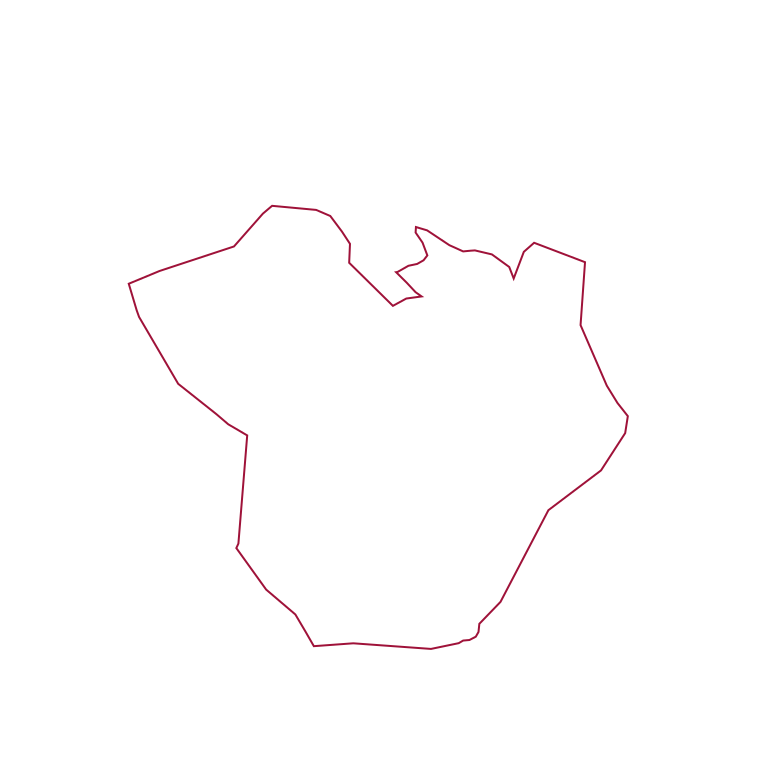 Mbo, Akwa Ibom, Nigeria, rotated 47°
{"feature_id": "59680162B50421987640425", "entity_name": "Mbo", "entity_type": "district", "adm_level": 2, "iso_a3": "NGA", "parent_name": "Nigeria", "parent_adm1": "Akwa Ibom", "projection": "mercator", "projection_center": [8.239, 4.651], "detail": "fine", "context": "isolated", "style": "outline", "palette": "rose", "viewbox_px": 768, "rotation_deg": 47, "n_neighbors": 0, "source": "geoboundaries", "source_scale": "gbopen_adm2", "svg_char_len": 957}
<svg xmlns="http://www.w3.org/2000/svg" viewBox="0 0 768 768"><g transform="rotate(47 384 384)"><path d="M291.0,253.6L294.8,257.6L306.9,259.4L319.5,264.6L320.5,270.7L318.8,277.9L314.2,285.5L311.3,297.7L310.5,298.9L325.4,298.3L338.4,298.3L345.6,296.8L336.7,309.4L332.9,324.2L271.6,326.8L258.3,313.3L243.8,310.8L224.5,308.7L210.4,314.9L177.4,344.3L177.3,345.6L176.8,356.4L181.1,399.9L148.3,471.0L136.6,502.3L161.4,514.6L167.9,517.4L243.5,534.4L292.1,527.1L307.2,525.4L328.3,519.1L401.4,599.3L403.3,603.9L454.0,610.4L492.1,606.0L511.6,610.3L527.9,614.1L552.7,583.3L609.8,530.3L624.5,506.1L625.6,501.1L629.5,496.1L631.4,489.2L629.8,484.0L624.4,477.8L622.8,447.4L588.4,349.8L595.2,284.2L584.4,241.1L573.8,227.6L557.1,226.2L537.2,222.2L475.0,200.1L432.0,153.9L383.1,177.9L382.7,191.6L395.3,217.2L383.8,212.6L362.8,216.7L348.3,226.4L345.7,229.6L341.0,235.7L332.3,239.3L327.1,241.5L301.0,247.7L291.0,253.6Z" fill="none" stroke="#9f1239" stroke-width="2"/></g></svg>